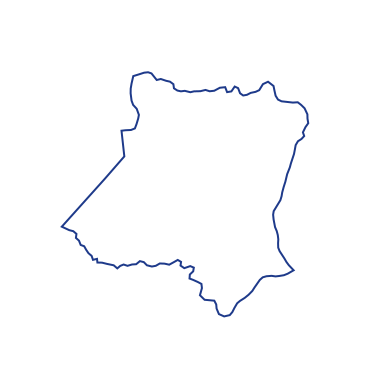 Santa Bárbara do Pará, Pará, Brazil, rotated 161°
{"feature_id": "56859067B47809936972021", "entity_name": "Santa Bárbara do Pará", "entity_type": "district", "adm_level": 2, "iso_a3": "BRA", "parent_name": "Brazil", "parent_adm1": "Pará", "projection": "orthographic", "projection_center": [-48.256, -1.192], "detail": "fine", "context": "isolated", "style": "outline", "palette": "blue", "viewbox_px": 384, "rotation_deg": 161, "n_neighbors": 0, "source": "geoboundaries", "source_scale": "gbopen_adm2", "svg_char_len": 2053}
<svg xmlns="http://www.w3.org/2000/svg" viewBox="0 0 384 384"><g transform="rotate(161 192 192)"><path d="M80.4,265.7L84.2,271.5L89.8,270.9L95.3,266.4L99.3,266.0L104.2,266.6L108.4,266.0L112.2,266.6L114.4,269.7L114.6,275.2L117.3,277.8L122.0,274.3L126.3,275.0L126.5,280.3L131.7,281.5L138.0,280.5L142.5,281.5L146.0,284.1L151.3,284.6L157.3,286.5L161.1,286.9L165.9,290.0L169.7,290.8L172.8,292.7L175.3,295.9L174.5,300.0L176.9,303.5L180.3,305.6L184.7,309.0L188.9,309.4L191.7,317.3L194.5,319.5L198.4,320.4L203.6,320.5L209.8,320.7L213.8,314.3L216.3,309.7L217.9,305.3L219.4,298.1L219.3,293.5L217.2,288.7L217.1,282.2L219.0,278.9L222.4,274.2L225.3,270.7L229.5,270.5L235.0,272.1L238.7,272.9L244.4,247.7L269.9,233.0L326.4,201.6L320.5,195.9L317.0,193.6L314.9,190.0L316.7,186.4L314.7,182.8L314.5,178.2L311.6,175.8L310.9,171.9L309.8,167.8L307.7,164.3L307.7,160.1L303.6,159.7L304.4,156.1L300.1,154.5L295.8,151.7L289.9,148.2L287.5,144.1L283.9,145.5L280.3,145.7L277.0,143.2L272.3,143.0L268.3,141.9L263.8,143.6L260.4,141.4L258.5,137.4L254.2,134.6L250.3,134.0L245.7,134.9L241.3,133.2L237.2,130.7L232.5,131.5L227.6,132.4L225.1,129.5L226.8,126.2L224.1,122.5L217.8,122.5L214.9,119.9L216.7,116.6L220.9,114.7L222.5,111.0L219.4,108.4L215.7,104.9L213.0,102.0L213.9,97.9L218.1,91.8L215.2,86.0L206.3,82.0L205.7,77.8L206.7,73.8L206.3,67.8L202.1,63.9L196.4,63.3L193.0,65.3L189.5,68.7L185.5,72.1L182.1,73.4L176.7,74.7L172.0,76.4L167.2,78.8L163.8,81.5L156.5,86.8L152.9,88.3L149.0,88.1L144.0,86.8L140.5,85.0L136.9,84.2L132.2,83.4L128.1,83.6L121.4,84.9L124.3,91.3L125.5,95.1L126.3,99.2L128.4,107.5L128.6,111.3L127.3,115.5L125.8,119.2L124.9,123.4L124.6,127.5L124.9,131.8L123.8,139.4L122.7,144.1L121.0,147.3L114.6,152.6L111.1,155.5L108.7,158.8L106.8,162.3L103.6,167.0L100.4,171.3L96.2,177.9L91.5,183.4L89.2,186.8L83.2,194.7L81.0,198.5L78.7,202.6L75.3,205.5L71.2,206.5L67.7,208.4L67.7,212.3L63.6,216.4L59.7,219.2L58.9,223.8L57.6,227.9L58.3,234.5L60.5,238.9L62.8,242.4L67.5,243.7L77.8,248.6L80.6,251.4L81.6,255.8L81.0,261.2L80.4,265.7Z" fill="none" stroke="#1e3a8a" stroke-width="2"/></g></svg>